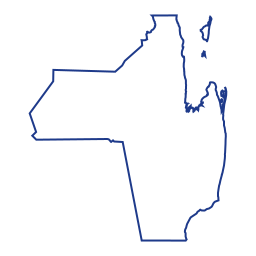 Vilankulo, Inhambane, Mozambique
{"feature_id": "85939544B70195584825603", "entity_name": "Vilankulo", "entity_type": "district", "adm_level": 2, "iso_a3": "MOZ", "parent_name": "Mozambique", "parent_adm1": "Inhambane", "projection": "natural_earth1", "projection_center": [35.386, -22.299], "detail": "fine", "context": "isolated", "style": "outline", "palette": "blue", "viewbox_px": 256, "rotation_deg": 0, "n_neighbors": 0, "source": "geoboundaries", "source_scale": "gbopen_adm2", "svg_char_len": 5702}
<svg xmlns="http://www.w3.org/2000/svg" viewBox="0 0 256 256"><path d="M53.2,81.3L29.7,113.4L36.1,132.0L32.3,135.7L36.3,139.7L107.3,139.0L108.7,139.3L109.7,140.3L110.9,141.8L111.1,141.9L113.0,140.4L114.1,141.5L122.7,142.0L141.7,240.5L185.7,240.6L186.6,239.4L186.2,238.6L185.6,236.5L185.6,233.5L185.4,232.7L185.0,232.2L184.9,231.8L185.0,230.4L185.3,229.3L186.1,227.8L186.7,225.3L187.2,223.8L190.4,217.8L191.1,217.1L196.1,213.8L196.7,213.3L197.3,212.1L197.8,211.6L199.2,210.7L200.0,209.8L200.3,209.7L201.4,210.4L202.8,210.5L204.6,210.5L204.9,210.4L206.7,209.1L209.0,208.5L211.5,206.9L212.2,205.9L213.4,203.4L214.4,202.2L215.2,201.6L218.5,200.4L218.3,197.0L218.0,196.3L218.0,195.7L218.0,192.8L218.4,190.0L219.1,185.6L219.6,184.1L220.4,180.4L221.8,175.2L221.6,175.4L222.5,172.6L224.0,165.5L224.8,158.7L225.0,155.9L224.9,154.2L225.1,152.8L225.5,144.1L225.6,139.4L225.8,136.5L225.7,133.4L225.3,132.6L224.7,127.9L224.0,125.4L224.0,121.4L223.5,120.4L223.1,119.3L223.1,117.5L223.3,115.1L223.1,114.6L224.3,104.3L225.6,98.8L226.2,95.1L226.3,91.6L225.8,89.0L225.6,88.2L224.7,87.0L225.3,88.2L225.6,89.3L225.6,91.2L226.1,92.2L226.0,92.9L225.6,93.8L225.8,94.4L225.4,95.0L225.4,95.7L225.3,96.0L225.0,96.0L225.0,96.4L225.6,96.7L224.7,96.7L224.5,96.9L224.4,98.5L224.5,98.7L225.0,98.9L225.0,99.3L224.9,99.6L224.6,99.7L224.7,100.6L224.5,101.4L224.0,102.7L224.0,103.2L223.3,103.5L223.1,104.5L222.6,105.0L223.0,105.9L222.4,107.1L222.4,107.3L222.6,107.5L222.7,108.3L222.2,108.6L222.5,109.7L222.4,110.1L221.6,111.6L221.5,109.5L221.1,108.5L221.1,107.5L220.7,106.8L220.0,102.3L218.6,98.3L217.7,95.9L217.0,94.8L216.8,92.7L216.2,91.0L215.7,90.0L215.7,88.9L216.1,87.5L216.1,86.7L215.2,84.1L214.4,83.1L213.2,82.5L211.7,82.3L210.5,82.3L210.1,82.4L210.0,82.6L209.7,84.7L209.1,85.5L208.8,86.5L208.5,86.8L208.0,86.8L206.9,88.4L206.4,89.6L206.5,90.1L207.4,91.9L207.5,92.6L207.8,93.0L207.6,93.4L207.6,93.6L207.9,93.9L207.9,94.4L207.7,94.7L207.3,94.8L207.5,95.2L207.4,95.3L205.8,96.4L204.4,97.0L203.6,97.6L202.5,98.6L201.7,99.8L201.6,100.4L201.2,101.5L201.5,101.9L201.9,102.1L202.3,102.6L202.6,102.8L202.9,102.7L202.9,102.9L202.5,103.3L201.9,103.1L201.3,102.6L201.0,103.9L201.2,104.4L202.2,105.6L201.1,105.2L200.7,105.3L200.4,105.3L200.4,105.6L199.7,105.8L199.4,105.4L199.2,105.9L198.8,106.1L198.6,106.8L198.3,107.1L198.5,107.3L198.3,108.1L198.4,109.2L198.2,110.1L198.0,109.8L197.9,108.6L197.3,107.6L196.8,107.5L196.5,108.1L196.4,108.2L196.2,107.7L195.8,107.6L195.7,107.7L195.9,108.6L195.5,108.3L195.2,108.8L194.9,109.8L194.5,109.5L194.3,110.7L193.8,111.4L193.4,111.7L193.3,111.4L193.5,109.5L193.3,109.2L193.5,109.1L193.5,108.6L193.3,108.5L192.9,108.5L192.5,108.2L192.4,108.0L192.5,107.7L192.2,107.6L191.6,107.8L191.3,107.5L191.0,107.5L190.7,107.7L190.4,108.4L189.4,108.6L189.3,108.2L189.5,107.2L190.5,106.7L190.7,106.1L190.7,105.8L189.9,106.6L189.2,107.1L188.6,107.9L188.6,108.2L188.7,108.5L188.6,109.0L188.7,109.3L188.9,109.5L189.3,109.3L189.5,109.6L189.2,110.1L189.2,111.0L188.8,111.4L188.6,110.9L188.1,111.2L187.8,111.5L187.6,111.5L187.6,111.3L187.8,110.9L187.7,110.8L187.3,110.9L186.9,110.8L186.5,111.2L186.4,111.0L186.9,109.9L187.4,109.7L187.0,109.5L187.0,108.9L186.6,108.7L186.9,108.3L186.9,107.9L186.7,107.6L185.9,107.4L186.1,106.4L186.3,106.8L186.7,106.4L186.9,105.3L186.6,104.7L186.7,104.4L187.0,104.2L186.5,104.2L186.5,103.8L186.7,103.6L186.3,103.6L185.9,102.8L185.2,102.8L185.0,102.7L185.2,101.3L185.3,98.8L185.6,97.5L185.7,95.7L185.6,93.8L185.8,93.7L185.7,93.4L185.9,92.9L185.9,92.4L185.9,92.1L186.1,91.5L185.9,91.2L185.7,89.9L186.0,88.7L186.0,86.4L186.1,85.1L185.9,83.7L185.9,80.6L185.7,79.5L185.0,77.7L184.8,76.4L184.4,75.0L184.3,72.2L184.3,71.5L184.1,71.1L184.2,70.0L184.0,69.1L184.1,68.9L183.8,67.5L183.7,66.4L183.8,63.4L184.2,61.1L184.2,59.2L184.0,56.8L183.9,56.7L183.6,57.0L183.3,57.0L182.8,56.6L182.0,55.1L181.8,53.8L181.9,52.1L182.0,51.2L183.3,47.5L183.3,47.1L182.7,47.1L182.5,46.1L182.6,44.8L183.3,42.7L183.3,42.1L183.4,41.2L183.2,40.1L181.2,37.3L180.8,35.9L180.2,34.6L179.7,30.0L179.8,27.8L179.5,27.2L179.3,26.4L178.8,25.9L178.1,23.3L177.5,22.9L177.4,22.0L177.2,21.8L176.9,21.0L176.6,20.2L176.6,19.6L176.4,19.4L176.4,18.3L176.7,15.4L151.9,15.5L152.7,16.3L152.9,16.8L153.4,19.1L154.2,21.1L154.8,21.9L154.8,22.3L154.7,22.8L155.3,24.1L155.3,25.6L154.9,25.9L154.8,26.2L155.0,26.7L154.7,27.4L153.3,29.3L152.8,29.7L152.2,29.9L151.6,30.4L151.2,30.9L151.1,31.7L150.8,32.1L149.8,32.5L148.9,32.6L148.4,32.4L147.7,31.8L147.3,31.7L147.1,31.8L147.1,32.3L147.2,33.1L147.0,33.5L146.5,33.9L146.3,34.4L146.9,37.3L146.8,38.1L147.1,39.3L146.0,39.7L145.7,40.1L143.5,40.3L141.6,40.2L141.8,41.1L142.2,45.5L124.8,60.9L122.2,65.5L115.2,71.7L53.4,69.9L53.2,81.3ZM211.4,18.5L210.6,17.2L210.2,16.8L209.9,17.5L210.1,17.8L210.1,18.2L209.7,19.4L209.6,21.3L209.5,21.5L209.0,21.7L208.5,22.3L208.3,22.5L208.2,22.9L208.2,24.3L208.6,25.7L206.8,25.4L206.1,25.5L205.8,25.7L205.5,26.1L204.5,26.5L203.7,27.0L201.9,29.4L201.6,29.6L200.7,29.8L200.7,30.9L202.3,32.3L202.8,33.6L203.1,35.5L202.6,36.6L202.6,37.1L203.4,38.8L203.8,39.3L204.5,39.4L205.4,39.8L206.1,39.9L206.5,40.4L206.9,41.2L207.1,41.2L207.3,40.7L207.5,39.7L208.0,38.3L208.7,33.5L208.8,30.9L209.5,26.0L210.3,23.4L210.7,21.1L211.4,19.5L211.4,18.5ZM223.2,91.5L222.7,90.7L222.4,90.5L222.1,90.7L221.9,91.1L221.5,91.3L221.2,92.0L221.1,93.7L221.4,95.9L222.3,96.2L223.0,96.8L223.1,95.7L223.3,94.4L223.6,93.9L223.3,92.5L223.8,92.0L223.9,91.4L223.4,91.5L223.2,91.5ZM204.1,51.7L203.8,51.5L203.2,53.0L202.3,53.9L202.3,55.7L202.1,56.2L202.2,56.3L202.7,56.3L203.2,55.5L204.0,54.8L205.2,56.1L204.7,53.2L204.7,51.8L204.1,51.7ZM221.5,102.1L222.0,101.8L222.2,101.5L222.4,100.4L222.1,99.5L221.7,99.2L221.2,99.6L221.0,100.4L221.0,101.7L221.2,102.1L221.5,102.1Z" fill="none" stroke="#1e3a8a" stroke-width="2"/></svg>